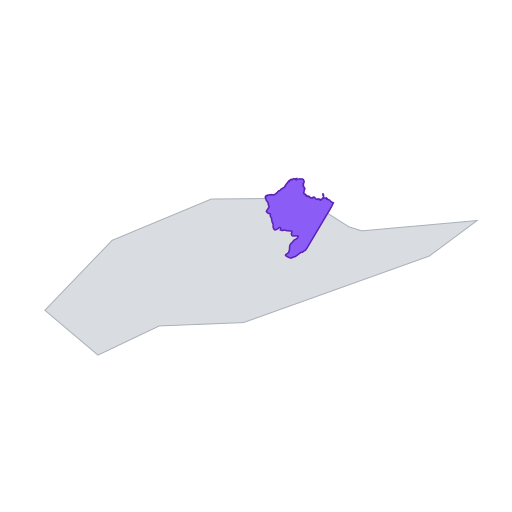 location of Ngetbong, Ngardmau, Palau, rotated 62°
{"feature_id": "81905179B3509636164924", "entity_name": "Ngetbong", "entity_type": "district", "adm_level": 2, "iso_a3": "PLW", "parent_name": "Palau", "parent_adm1": "Ngardmau", "projection": "robinson", "projection_center": [134.551, 7.586], "detail": "fine", "context": "in_parent", "style": "filled", "palette": "violet", "viewbox_px": 512, "rotation_deg": 62, "n_neighbors": 0, "source": "geoboundaries", "source_scale": "gbopen_adm2", "svg_char_len": 5175}
<svg xmlns="http://www.w3.org/2000/svg" viewBox="0 0 512 512"><g transform="rotate(62 256 256)"><path d="M269.3,442.1L204.8,467.9L174.6,375.7L184.7,268.8L227.4,186.6L273.8,160.3L283.4,150.9L328.5,44.1L337.4,103.0L308.9,298.3L272.3,374.3L269.3,442.1Z" fill="#d9dde1" stroke="#a8b0b8" stroke-width="1"/><path d="M245.4,162.7L244.8,163.1L244.7,163.4L244.2,163.6L243.3,164.1L243.0,164.2L242.9,164.4L242.3,164.6L241.3,164.8L240.8,165.0L240.7,165.1L240.4,165.4L240.4,165.5L240.0,165.9L239.9,165.9L239.4,166.5L239.3,166.4L239.2,166.5L239.1,166.3L238.7,166.2L238.5,166.3L238.1,166.6L237.9,166.6L238.0,166.8L237.9,166.8L237.7,167.1L237.2,167.8L236.8,168.6L236.6,168.9L236.6,169.0L234.7,168.3L234.7,168.1L234.2,167.9L233.7,167.7L233.4,167.9L232.7,167.6L232.6,167.9L233.0,168.0L233.3,168.2L233.4,167.9L236.1,168.9L235.9,169.1L236.0,169.3L236.1,169.5L236.2,170.0L236.5,170.8L236.8,171.9L236.8,172.0L237.1,172.5L237.0,172.8L236.6,172.6L236.4,172.6L236.2,172.7L235.9,172.9L235.8,173.0L235.7,173.1L235.8,173.3L235.6,173.3L235.3,173.7L234.9,174.0L234.7,174.6L234.8,174.8L234.7,174.9L234.8,175.0L234.7,175.2L234.8,175.3L234.7,175.4L234.5,175.5L234.4,175.8L234.2,176.1L233.6,176.4L233.2,176.4L232.4,176.7L232.1,176.6L231.4,176.9L231.2,177.3L231.0,177.5L230.9,177.6L230.9,178.0L230.9,178.4L231.0,178.5L231.3,178.8L231.3,179.0L231.1,179.0L230.8,179.4L230.8,179.7L230.6,179.9L230.5,180.4L229.9,180.7L229.6,180.7L229.4,180.7L229.2,180.8L228.9,180.9L228.8,181.1L228.6,181.1L228.4,181.4L228.3,181.5L228.2,181.5L227.9,182.0L227.9,182.3L227.7,182.4L227.3,182.6L227.2,182.8L227.1,182.7L227.0,182.8L227.0,182.7L226.8,183.0L226.6,183.3L226.3,183.0L226.0,183.1L225.9,183.2L225.7,183.1L225.4,183.3L225.2,183.4L225.1,183.6L224.8,183.7L224.5,183.6L224.4,183.6L224.4,183.8L224.2,183.8L224.1,184.1L223.7,184.2L223.6,184.3L223.4,184.3L223.0,184.3L222.8,184.4L222.6,184.2L222.4,183.9L222.2,183.9L222.2,183.7L221.8,183.5L221.4,183.1L221.2,183.0L221.0,182.9L220.7,182.7L220.4,182.3L220.3,182.0L220.2,182.0L220.1,181.9L219.9,181.8L219.9,181.7L219.7,181.6L219.6,181.4L219.4,181.3L219.2,181.4L219.2,181.2L218.8,181.1L218.6,181.2L218.3,181.1L218.0,181.1L217.7,181.4L217.0,181.4L216.7,181.3L216.3,181.1L216.0,181.1L215.9,181.3L215.8,181.2L215.6,180.9L215.0,180.5L214.8,180.5L214.6,180.2L214.3,180.4L214.0,180.1L214.0,179.8L213.8,179.4L213.6,179.1L213.2,178.7L212.4,178.4L211.7,178.4L211.2,178.3L210.5,178.4L210.2,178.6L210.0,178.9L209.7,179.0L209.2,179.9L209.2,180.1L208.5,181.0L208.3,181.5L208.2,181.9L207.8,182.9L207.7,183.3L207.1,183.7L207.1,183.8L206.9,184.0L206.8,184.3L206.7,184.2L206.7,184.4L206.4,184.6L206.4,184.8L206.4,185.0L206.6,185.1L206.7,184.9L207.1,184.9L207.3,185.0L207.0,185.1L206.4,185.4L206.3,185.6L206.1,185.7L206.0,185.9L205.7,186.0L205.4,186.4L205.4,186.8L205.5,187.1L205.5,187.5L205.4,187.7L205.4,187.9L205.5,188.2L205.4,188.2L205.3,188.4L205.0,188.5L204.8,189.3L204.9,190.3L205.1,190.3L205.0,190.7L205.1,190.8L205.1,191.1L205.2,191.4L205.3,191.4L205.3,191.5L205.5,191.6L205.4,191.7L205.7,191.8L205.7,192.0L205.4,192.4L205.4,192.5L205.5,192.8L205.7,193.0L206.1,193.7L206.0,193.8L206.3,194.4L206.5,194.6L206.6,195.3L207.1,195.9L207.1,196.1L207.2,196.3L207.3,196.8L207.5,197.0L207.7,197.4L208.2,197.7L208.2,197.9L208.3,197.9L208.3,198.0L208.5,198.1L208.6,198.7L208.7,198.9L208.6,199.4L208.7,199.5L208.6,200.5L208.7,201.2L208.7,201.5L208.8,201.5L208.7,202.2L209.0,202.7L208.9,202.9L209.1,203.2L209.1,203.3L209.2,203.5L209.4,204.3L209.2,205.1L209.3,205.1L209.3,205.3L209.3,205.7L209.3,205.8L209.4,206.5L209.7,207.0L209.9,207.3L209.9,207.5L210.0,207.8L210.0,208.2L210.3,208.6L210.2,209.0L210.3,209.2L210.3,209.6L210.4,210.0L210.5,210.4L210.6,210.5L210.5,210.8L210.6,211.0L210.8,211.0L210.6,211.1L210.3,211.4L210.2,211.6L210.3,211.8L210.4,212.1L210.3,211.9L210.2,212.0L210.1,212.5L209.8,212.8L209.7,212.8L209.6,213.0L209.4,213.1L209.3,213.3L209.0,213.5L208.9,213.8L209.0,214.0L208.8,214.2L208.7,214.6L208.6,214.8L208.4,215.1L208.3,215.4L208.2,215.7L208.3,215.8L208.2,216.3L208.0,216.5L207.9,216.8L207.7,217.1L207.8,217.5L208.1,218.0L208.0,218.5L207.8,218.4L207.7,218.6L207.7,219.1L207.9,219.2L208.0,219.1L207.9,219.4L207.7,219.3L207.8,219.6L208.0,219.9L208.7,220.3L208.9,220.2L209.2,220.4L212.0,220.8L213.1,220.5L213.9,220.5L214.9,220.2L215.6,220.8L216.7,221.1L218.7,221.2L220.6,224.5L221.0,225.4L221.4,225.8L221.9,226.0L223.9,225.3L225.4,223.7L226.0,223.7L226.8,224.4L228.3,224.7L229.2,224.7L230.0,224.5L231.6,225.3L234.1,225.9L235.9,225.9L238.6,227.4L240.6,227.6L241.8,227.2L242.2,225.8L242.2,223.9L241.7,222.3L242.4,221.2L243.1,221.3L244.0,221.9L244.4,222.3L246.1,220.6L246.0,219.5L246.3,218.9L248.2,216.8L250.3,213.5L250.9,212.8L251.9,213.2L252.9,214.4L254.5,214.7L255.6,214.1L257.7,209.9L258.5,209.5L259.0,210.2L259.7,211.4L259.9,213.1L259.7,214.3L260.1,215.7L260.8,216.9L261.0,217.6L261.2,218.8L262.2,220.8L263.4,221.9L266.5,223.7L267.4,224.9L267.9,225.1L268.2,225.6L268.3,226.3L268.6,227.2L268.6,228.5L268.9,229.3L269.4,229.7L270.8,229.0L271.8,228.3L272.8,227.6L274.2,226.3L274.5,225.2L274.3,224.4L274.6,223.7L274.4,223.0L275.0,221.8L273.9,214.6L274.5,213.2L274.4,212.5L274.1,211.5L274.2,209.7L273.0,207.4L248.4,166.9L245.4,162.7Z" fill="#8b5cf6" stroke="#5b21b6" stroke-width="1.5"/></g></svg>